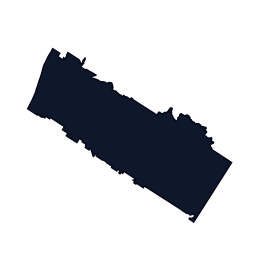 Waroona, Western Australia, Australia, rotated 33°
{"feature_id": "25037944B30802850607008", "entity_name": "Waroona", "entity_type": "district", "adm_level": 2, "iso_a3": "AUS", "parent_name": "Australia", "parent_adm1": "Western Australia", "projection": "orthographic", "projection_center": [115.907, -32.849], "detail": "fine", "context": "isolated", "style": "filled", "palette": "ink", "viewbox_px": 256, "rotation_deg": 33, "n_neighbors": 0, "source": "geoboundaries", "source_scale": "gbopen_adm2", "svg_char_len": 5491}
<svg xmlns="http://www.w3.org/2000/svg" viewBox="0 0 256 256"><g transform="rotate(33 128 128)"><path d="M234.3,171.2L233.7,100.6L209.0,100.5L209.4,100.0L209.4,99.6L209.3,99.4L207.9,99.2L207.6,98.8L206.7,98.1L205.7,97.5L205.4,97.0L205.6,96.4L206.1,96.3L206.8,95.9L206.9,95.6L207.5,94.8L207.7,94.2L207.7,93.8L207.5,93.5L207.1,93.3L206.7,93.3L205.6,93.6L205.1,93.8L204.7,93.6L204.6,93.4L204.5,92.8L204.1,91.9L204.0,91.4L203.8,91.2L203.8,91.3L203.7,91.4L202.9,91.2L202.7,91.3L202.1,91.9L201.3,92.4L200.2,92.9L199.0,92.9L198.1,92.5L196.9,92.9L196.7,92.6L196.4,92.5L196.2,92.3L195.7,91.5L195.8,90.9L196.0,89.7L196.2,89.2L195.8,88.3L195.6,88.2L194.9,88.2L194.1,88.0L193.9,88.3L193.6,88.3L193.1,88.2L192.9,88.1L193.0,87.5L193.5,86.5L193.8,86.3L193.8,86.2L193.8,85.9L193.3,85.3L193.1,85.2L191.4,85.7L190.0,86.1L188.8,86.9L188.0,86.6L187.0,86.1L186.5,86.0L184.9,86.0L184.6,86.4L184.0,86.7L183.1,87.0L182.7,87.4L182.6,87.7L182.0,88.1L180.5,87.3L179.5,87.4L178.9,87.8L178.5,87.7L178.2,87.6L177.1,86.9L176.7,86.9L176.4,86.7L175.7,86.7L175.4,86.5L174.6,86.3L174.1,85.8L174.0,85.4L173.8,85.3L172.7,85.0L172.7,85.4L172.1,85.3L171.9,85.1L171.7,85.0L171.0,84.8L170.6,84.9L170.5,85.1L169.9,85.6L169.1,86.6L168.6,87.0L168.2,87.1L167.1,87.0L166.4,87.3L165.1,87.0L164.9,87.0L164.6,87.3L164.5,87.8L164.3,88.2L164.2,88.8L164.6,89.3L164.9,89.3L165.1,90.0L164.8,90.7L164.7,91.1L164.3,91.8L164.3,92.2L164.4,92.4L165.1,93.3L165.1,94.3L165.6,95.2L165.6,95.8L165.2,96.0L164.8,95.9L164.0,95.9L163.4,95.7L162.5,95.8L161.8,95.5L161.5,95.3L161.2,95.3L160.8,95.0L160.6,95.0L160.6,94.8L159.9,94.6L159.5,94.4L158.9,93.6L158.4,93.6L157.5,93.3L156.7,92.3L156.6,92.0L156.3,91.8L156.3,91.6L155.7,91.5L155.3,91.2L155.1,90.9L155.2,90.5L155.2,89.8L155.0,89.5L154.7,88.2L154.4,87.6L154.2,87.5L153.5,87.6L153.0,87.8L152.7,88.3L152.7,89.1L153.0,89.1L153.1,89.5L153.0,89.8L152.8,89.8L152.5,90.1L152.8,90.4L152.7,90.9L152.8,90.8L153.0,91.4L153.4,91.8L153.5,92.2L153.4,92.5L152.0,93.6L151.6,94.2L151.2,94.6L150.8,94.7L150.2,95.1L149.9,95.8L149.9,96.0L149.7,96.4L149.3,96.9L149.2,97.2L148.8,97.6L148.6,97.7L148.2,97.7L147.6,97.9L146.4,97.5L145.3,97.9L145.3,101.4L124.9,101.6L125.0,101.7L124.5,101.5L124.2,101.6L115.7,101.6L115.7,101.1L114.5,101.0L114.5,102.7L110.0,102.7L110.0,103.2L106.6,103.2L106.6,104.3L105.3,104.7L105.0,104.7L104.0,104.4L103.1,104.6L101.3,104.5L101.1,104.4L98.9,104.1L98.5,103.9L98.2,103.8L97.3,103.9L97.3,104.4L93.5,104.4L93.5,102.6L92.6,102.6L92.5,101.5L92.4,101.2L90.0,99.3L89.6,99.2L89.2,99.3L87.4,100.2L86.9,100.9L86.6,101.6L86.3,101.9L86.1,102.0L83.8,102.1L82.1,102.8L80.5,103.8L79.3,104.2L78.8,104.3L76.9,104.1L76.4,104.3L72.8,105.0L69.6,106.2L69.6,104.2L71.6,102.3L72.2,101.1L67.1,101.2L67.1,101.5L61.4,101.6L60.5,102.2L60.5,102.6L60.2,102.3L59.6,102.5L59.2,102.8L58.3,102.6L58.1,102.6L55.1,102.6L55.2,102.0L55.0,101.3L55.3,100.0L55.4,99.0L55.3,98.5L55.1,97.3L54.7,96.5L54.8,95.5L54.6,95.0L54.6,93.8L54.5,93.5L54.2,93.2L54.2,93.4L54.0,93.5L54.3,93.8L54.2,93.9L54.0,93.7L54.0,94.0L53.7,94.3L53.9,94.8L53.8,95.0L54.0,95.1L53.7,95.9L53.6,96.5L53.9,96.9L54.0,96.5L54.3,96.7L54.2,97.0L54.2,97.4L54.4,98.0L54.6,98.0L54.3,98.2L54.3,98.4L54.4,98.6L54.6,98.7L54.7,98.8L54.4,98.9L54.5,99.1L54.4,99.1L54.3,99.3L54.1,99.4L54.1,99.6L54.1,99.8L53.6,99.8L53.4,99.5L53.1,99.5L53.1,99.3L52.7,99.3L52.0,98.9L51.1,98.2L50.6,98.0L50.3,97.5L36.6,97.5L36.6,97.8L37.2,99.3L37.1,99.5L36.9,99.5L36.7,99.5L36.7,99.8L36.9,100.0L37.0,100.7L37.3,101.2L37.6,102.1L37.6,102.4L37.5,102.6L37.6,103.0L37.9,103.4L37.8,103.7L38.0,103.8L38.2,104.3L35.9,104.2L36.1,104.6L36.1,105.0L36.3,105.5L36.2,105.7L36.3,105.8L36.1,106.1L35.8,106.3L30.1,106.3L30.1,102.5L21.7,102.5L22.0,106.5L22.0,108.8L22.2,111.9L23.3,121.0L23.7,122.6L24.1,124.1L25.4,127.7L26.3,130.8L27.1,133.7L27.6,136.0L28.1,138.2L28.9,140.5L29.6,143.4L29.8,144.4L31.2,149.2L32.4,156.4L32.8,159.6L32.8,160.6L33.3,164.7L33.3,165.6L33.4,166.5L44.4,166.5L44.1,165.8L45.6,165.9L47.0,165.5L47.7,165.9L49.5,165.9L49.9,165.7L49.9,165.0L51.0,165.0L51.6,164.7L52.6,164.8L52.6,163.7L52.7,162.9L57.2,162.9L57.0,161.4L74.0,161.4L74.0,165.1L80.5,165.1L80.5,168.1L93.0,168.0L93.0,164.6L92.9,163.2L97.1,163.2L97.1,164.5L101.7,164.5L102.1,165.8L102.6,166.4L102.8,167.6L107.1,167.6L107.0,166.9L107.1,166.7L108.3,165.7L114.1,170.6L114.6,170.6L114.6,167.3L116.6,167.3L116.6,168.7L123.9,168.8L123.9,168.3L124.0,168.3L126.5,168.2L127.6,168.3L129.0,168.4L129.1,168.7L135.8,168.7L135.8,168.8L135.8,170.1L141.9,170.1L141.9,168.2L142.2,167.9L142.9,167.9L143.3,168.0L144.4,168.8L144.6,169.1L144.9,170.1L144.9,170.7L146.2,170.7L146.2,168.9L148.2,168.9L148.2,166.4L150.1,166.5L162.4,166.6L161.9,167.2L161.5,168.3L160.9,168.9L162.8,168.9L162.8,170.7L165.1,170.7L165.1,169.6L173.3,169.7L173.3,167.7L217.6,167.4L218.5,167.4L219.2,167.5L219.4,167.7L219.6,167.5L219.9,167.4L220.1,167.2L220.3,167.4L220.5,167.5L221.0,167.5L221.4,167.4L221.9,167.4L222.1,167.4L222.3,167.6L222.6,167.5L223.0,167.7L223.4,167.5L223.5,167.3L223.9,167.3L224.1,167.1L225.1,167.0L225.4,166.8L225.9,166.8L226.8,167.1L226.9,166.9L227.1,167.0L227.4,166.9L227.6,166.9L228.1,166.8L228.2,166.4L228.0,165.7L228.3,165.2L228.6,165.3L228.8,165.2L229.0,165.1L229.6,165.2L230.0,164.9L230.2,164.5L230.8,164.0L231.2,163.5L231.1,164.6L231.5,165.1L231.7,165.3L231.8,165.7L231.8,167.0L231.7,167.7L231.5,168.0L231.0,168.5L230.6,169.0L230.2,169.4L230.1,169.7L229.9,169.7L229.0,169.9L228.6,170.1L228.6,170.5L228.9,170.9L229.3,171.0L229.7,171.0L230.8,170.9L231.2,171.0L231.8,171.0L233.4,171.0L234.3,171.2Z" fill="#0f172a" stroke="#020617" stroke-width="1.5"/></g></svg>